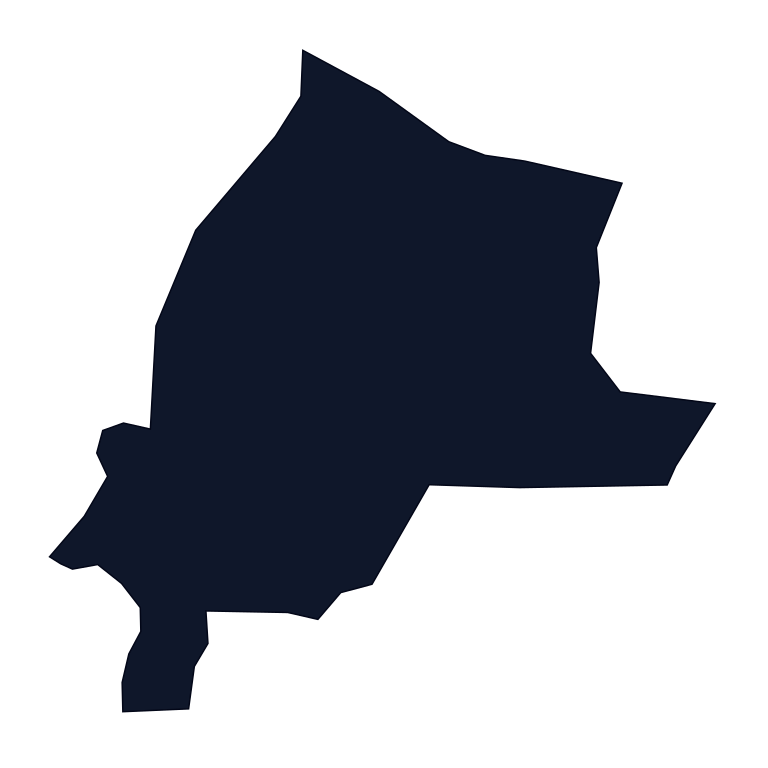 map outline of Kotido (Robinson projection), rotated 271°
{"feature_id": "UGA-3123", "entity_name": "Kotido", "entity_type": "County", "adm_level": 1, "iso_a3": "UGA", "parent_name": "Uganda", "parent_adm1": "", "projection": "robinson", "projection_center": [33.884, 2.985], "detail": "fine", "context": "isolated", "style": "filled", "palette": "ink", "viewbox_px": 768, "rotation_deg": 271, "n_neighbors": 0, "source": "natural_earth", "source_scale": "10m", "svg_char_len": 689}
<svg xmlns="http://www.w3.org/2000/svg" viewBox="0 0 768 768"><g transform="rotate(271 384 384)"><path d="M55.8,194.3L51.8,128.6L81.0,127.4L109.7,133.6L132.4,145.2L156.2,144.2L180.0,125.1L198.5,100.9L193.5,75.7L198.6,63.9L205.4,52.6L246.5,86.6L286.8,109.3L310.0,98.0L332.6,103.6L340.4,124.2L334.8,151.2L438.1,155.0L534.5,193.1L629.6,271.1L670.3,295.9L716.2,297.0L676.4,374.1L627.4,444.5L614.4,481.0L609.3,521.0L588.9,618.5L524.1,593.9L489.3,597.3L418.3,590.0L380.2,620.3L370.1,715.4L307.2,677.1L288.0,668.9L282.8,521.4L284.1,430.9L183.6,375.5L174.7,344.4L147.5,322.0L153.9,291.7L154.0,209.9L121.5,212.5L98.3,199.3L55.8,194.3Z" fill="#0f172a" stroke="#020617" stroke-width="1.5"/></g></svg>